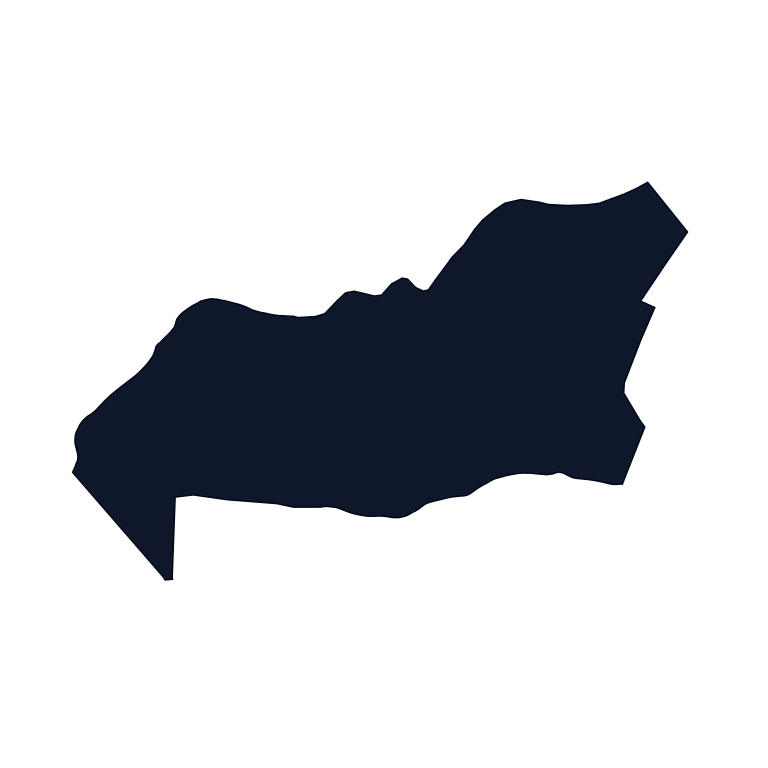 outline of Derierre Bois, Laborie, Saint Lucia, rotated 263°
{"feature_id": "8701671B73692307492725", "entity_name": "Derierre Bois", "entity_type": "district", "adm_level": 2, "iso_a3": "LCA", "parent_name": "Saint Lucia", "parent_adm1": "Laborie", "projection": "mercator", "projection_center": [-60.977, 13.768], "detail": "fine", "context": "isolated", "style": "filled", "palette": "ink", "viewbox_px": 768, "rotation_deg": 263, "n_neighbors": 0, "source": "geoboundaries", "source_scale": "gbopen_adm2", "svg_char_len": 2668}
<svg xmlns="http://www.w3.org/2000/svg" viewBox="0 0 768 768"><g transform="rotate(263 384 384)"><path d="M426.9,662.1L435.0,648.7L469.8,678.8L497.9,703.8L552.0,670.3L547.1,657.8L543.2,645.3L537.1,619.7L537.1,607.2L538.8,587.9L542.1,569.1L545.4,560.6L550.4,542.4L548.7,525.9L543.2,515.1L534.9,502.1L526.6,493.0L512.3,480.5L501.3,466.8L495.2,461.2L480.8,447.5L472.0,439.6L471.4,434.4L475.9,427.1L485.2,420.2L486.9,415.1L482.5,403.8L472.5,392.4L472.5,385.0L475.3,377.6L479.7,365.7L479.2,357.1L473.1,348.6L461.0,333.8L459.3,324.2L460.4,306.6L462.4,302.1L462.5,300.3L464.0,292.2L464.6,288.3L466.2,282.1L468.9,274.3L470.1,270.3L471.5,266.9L472.4,264.7L473.8,261.8L476.7,257.5L479.1,253.1L481.2,248.5L483.1,243.5L485.6,237.3L486.7,233.8L488.6,228.2L489.6,222.9L489.4,218.0L488.5,212.0L487.4,209.7L485.1,203.6L483.1,199.3L481.3,196.2L479.3,192.6L476.4,189.0L474.3,186.9L472.6,185.8L468.5,184.1L466.0,182.9L461.1,177.8L457.7,173.5L454.9,169.8L452.3,166.6L451.0,164.2L449.0,162.4L445.4,160.9L443.0,159.7L440.5,158.3L438.5,156.7L436.5,155.0L433.2,151.8L429.8,147.9L425.7,142.7L422.4,138.1L417.8,130.3L414.1,124.0L410.2,117.6L406.4,111.6L401.7,105.2L396.8,99.2L393.5,95.4L389.8,89.7L388.0,85.8L386.4,83.4L384.4,80.7L382.4,78.8L381.0,77.5L379.5,76.4L376.4,74.4L372.9,72.3L370.3,71.3L366.4,70.5L364.4,70.2L360.9,70.3L357.0,70.8L353.1,71.3L349.3,71.4L345.7,70.6L342.3,68.7L340.0,67.6L337.3,65.9L334.2,64.2L219.1,141.6L216.2,142.8L216.0,150.3L218.5,150.3L297.2,162.9L297.2,181.1L288.3,214.2L278.3,263.3L272.8,279.3L269.5,306.6L269.7,308.9L269.7,309.7L269.5,311.5L269.3,313.2L267.8,319.7L267.0,322.2L264.9,326.4L262.8,330.3L260.7,334.3L259.0,338.2L257.8,341.6L256.6,345.2L255.7,348.2L254.9,351.4L254.4,354.3L253.9,359.0L253.6,363.1L252.7,368.2L251.8,371.7L250.6,375.5L250.1,378.4L249.6,382.4L249.9,386.2L250.5,390.1L251.7,393.3L253.2,396.9L254.5,400.6L256.0,403.7L258.4,407.7L259.8,410.3L260.7,413.2L261.3,416.7L261.8,420.4L262.5,426.8L263.1,431.3L263.6,436.5L263.6,439.9L263.6,443.2L263.4,447.3L263.3,450.1L263.8,453.9L264.8,456.3L267.5,461.3L268.9,463.8L270.6,467.5L272.3,471.6L273.4,474.8L275.2,478.6L276.6,483.0L277.1,486.9L277.8,491.6L278.2,494.2L278.6,499.0L278.9,504.2L278.9,507.2L278.7,511.1L278.3,513.7L277.6,518.9L276.3,524.5L274.8,531.5L274.2,534.4L274.2,540.4L274.9,543.3L275.3,546.8L273.8,551.2L271.0,555.1L268.4,559.3L267.0,563.1L266.1,567.1L264.9,572.2L264.5,574.2L263.7,577.3L262.8,580.5L261.6,584.3L260.9,586.4L259.9,589.2L259.4,590.7L258.0,594.3L257.1,596.8L256.6,599.0L256.1,601.8L256.0,603.6L255.8,607.6L255.5,608.3L309.5,637.6L317.2,633.4L339.5,623.6L345.8,620.8L355.8,622.6L396.3,644.2L426.9,662.1Z" fill="#0f172a" stroke="#020617" stroke-width="1.5"/></g></svg>